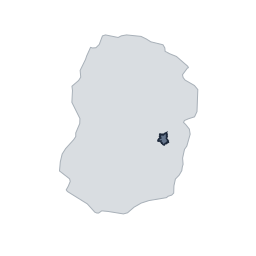 Ilinden, Ilinden, North Macedonia shown in context, rotated 118°
{"feature_id": "65306769B96120860372222", "entity_name": "Ilinden", "entity_type": "district", "adm_level": 2, "iso_a3": "MKD", "parent_name": "North Macedonia", "parent_adm1": "Ilinden", "projection": "mercator", "projection_center": [21.621, 41.998], "detail": "fine", "context": "in_parent", "style": "filled", "palette": "slate", "viewbox_px": 256, "rotation_deg": 118, "n_neighbors": 0, "source": "geoboundaries", "source_scale": "gbopen_adm2", "svg_char_len": 1988}
<svg xmlns="http://www.w3.org/2000/svg" viewBox="0 0 256 256"><g transform="rotate(118 128 128)"><path d="M116.4,67.6L120.3,68.1L128.9,65.7L134.2,62.3L136.8,61.8L140.4,60.5L145.6,60.7L150.8,62.2L157.5,60.3L164.0,57.1L166.7,57.9L169.5,60.6L171.4,61.3L182.2,75.4L188.1,81.1L195.1,85.5L203.1,88.6L206.0,91.7L211.1,106.6L213.5,112.3L216.9,114.0L217.7,115.6L217.9,117.8L214.1,128.3L212.5,151.7L211.6,153.5L207.6,153.4L202.3,153.9L200.3,155.7L198.1,168.3L189.6,171.9L181.9,173.9L175.4,173.4L163.9,170.5L160.1,170.1L156.9,171.8L146.7,172.7L142.2,174.9L131.7,189.6L121.0,194.6L117.4,197.1L109.2,193.9L105.3,193.6L99.6,197.3L87.3,197.7L83.9,198.3L74.4,198.9L74.0,196.9L72.2,194.0L67.8,192.6L58.7,193.8L56.4,191.6L52.7,179.2L49.8,177.2L46.5,173.0L41.0,159.5L40.8,153.6L41.2,148.4L38.1,136.2L40.0,133.1L42.9,131.2L42.9,126.2L42.1,118.8L45.5,104.1L46.4,103.0L47.3,103.7L55.4,104.9L57.6,103.0L58.9,100.1L59.3,89.3L61.3,84.4L81.1,74.8L86.9,74.5L91.4,78.9L94.9,81.7L97.0,81.6L97.8,78.8L100.2,73.3L104.3,70.2L116.3,67.6L116.4,67.6Z" fill="#d9dde1" stroke="#a8b0b8" stroke-width="1"/><path d="M121.7,85.6L121.0,86.1L121.3,86.8L121.2,87.1L120.9,87.1L120.9,86.7L120.5,86.6L120.5,87.0L119.8,87.5L119.7,88.2L119.1,89.3L118.7,89.4L118.1,89.3L117.5,89.4L117.4,89.7L117.1,89.5L116.6,90.4L115.8,90.9L115.6,90.3L115.3,90.5L115.6,90.7L115.3,90.9L115.4,91.2L114.6,91.5L114.5,91.9L114.1,91.9L115.4,92.9L117.2,93.4L117.0,93.7L117.6,93.9L118.1,94.6L117.7,94.9L118.1,95.1L118.0,95.4L118.2,95.8L117.9,96.1L118.3,97.0L118.9,96.9L118.8,96.1L119.3,96.4L119.7,96.3L119.5,95.9L120.3,95.4L120.5,95.4L120.8,96.0L120.9,95.9L121.2,95.5L121.1,94.8L121.4,94.3L121.9,94.6L122.0,94.9L122.8,95.2L122.7,95.5L123.1,95.7L123.8,95.6L124.0,95.8L124.9,95.8L125.5,95.2L124.9,94.2L124.5,94.0L124.4,93.6L124.7,93.2L124.2,92.8L124.9,92.6L125.1,91.1L125.7,91.0L125.5,90.5L126.1,89.5L126.1,88.1L125.5,87.9L124.3,88.0L123.9,87.8L123.9,87.1L123.6,86.6L123.3,86.5L122.7,86.9L121.7,85.6Z" fill="#64748b" stroke="#1e293b" stroke-width="1.5"/></g></svg>